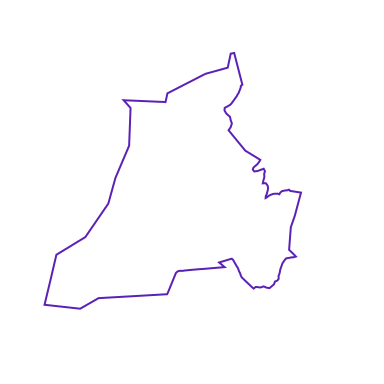 Cocal, Piauí, Brazil (Robinson projection), rotated 14°
{"feature_id": "56859067B44151936465975", "entity_name": "Cocal", "entity_type": "district", "adm_level": 2, "iso_a3": "BRA", "parent_name": "Brazil", "parent_adm1": "Piauí", "projection": "robinson", "projection_center": [-41.456, -3.429], "detail": "fine", "context": "isolated", "style": "outline", "palette": "violet", "viewbox_px": 384, "rotation_deg": 14, "n_neighbors": 0, "source": "geoboundaries", "source_scale": "gbopen_adm2", "svg_char_len": 1826}
<svg xmlns="http://www.w3.org/2000/svg" viewBox="0 0 384 384"><g transform="rotate(14 192 192)"><path d="M103.5,119.5L108.8,123.1L112.0,125.3L112.9,129.3L113.6,132.7L119.8,162.3L114.3,196.9L113.6,223.5L99.4,261.6L94.1,266.9L75.6,285.7L76.0,313.1L76.2,337.1L111.7,332.3L113.7,330.4L127.0,317.6L153.1,309.5L192.6,297.2L193.0,295.2L196.0,274.4L197.2,272.6L198.5,271.7L200.1,271.2L202.0,270.8L203.5,270.1L209.4,268.0L218.4,264.9L220.4,264.3L241.8,257.0L235.4,253.8L244.1,248.6L246.7,247.1L248.3,247.9L249.4,249.1L250.6,250.4L251.8,251.6L253.2,253.1L255.0,254.7L256.6,257.2L258.5,259.5L259.6,261.3L260.9,262.8L266.8,266.2L273.6,270.0L275.2,270.8L276.7,268.8L278.6,268.4L281.1,268.2L282.6,267.5L284.2,266.3L285.8,266.5L287.7,266.8L290.5,266.5L293.9,261.7L294.1,258.9L296.3,257.2L297.1,255.3L296.3,252.6L296.6,250.5L296.6,248.5L296.4,246.1L297.0,239.5L298.2,236.0L299.3,233.7L302.9,232.1L304.4,231.3L306.0,230.9L308.4,229.5L305.1,227.4L300.2,224.6L296.4,202.2L297.5,190.3L297.9,166.2L287.0,167.2L285.6,166.3L283.6,167.5L282.1,167.9L280.6,168.7L279.1,169.4L277.9,171.0L277.2,173.1L275.4,172.9L273.8,173.4L271.6,174.0L269.3,175.5L267.3,177.2L266.2,178.8L264.9,180.0L264.6,178.3L265.0,175.8L265.1,172.2L264.9,170.0L264.1,167.9L262.8,166.6L261.3,165.6L258.6,166.5L258.5,162.9L258.6,160.0L257.6,156.8L257.8,154.2L255.9,152.1L250.5,155.8L247.4,157.0L245.6,155.5L245.7,153.4L248.7,149.2L249.9,146.4L250.5,144.3L233.7,139.0L212.6,123.3L213.9,119.5L214.1,115.8L212.4,113.3L210.6,109.8L207.0,108.0L205.7,107.0L203.8,105.0L203.4,102.4L205.8,100.3L207.8,98.3L208.8,96.8L212.2,88.3L212.6,86.5L213.3,84.5L214.0,78.8L213.7,77.2L214.9,75.7L203.4,54.5L199.3,46.9L196.1,48.4L196.6,62.7L176.6,74.0L174.8,75.5L144.3,102.2L144.5,109.4L144.5,111.2L142.5,111.5L138.8,112.3L108.4,118.5L103.5,119.5Z" fill="none" stroke="#5b21b6" stroke-width="2"/></g></svg>